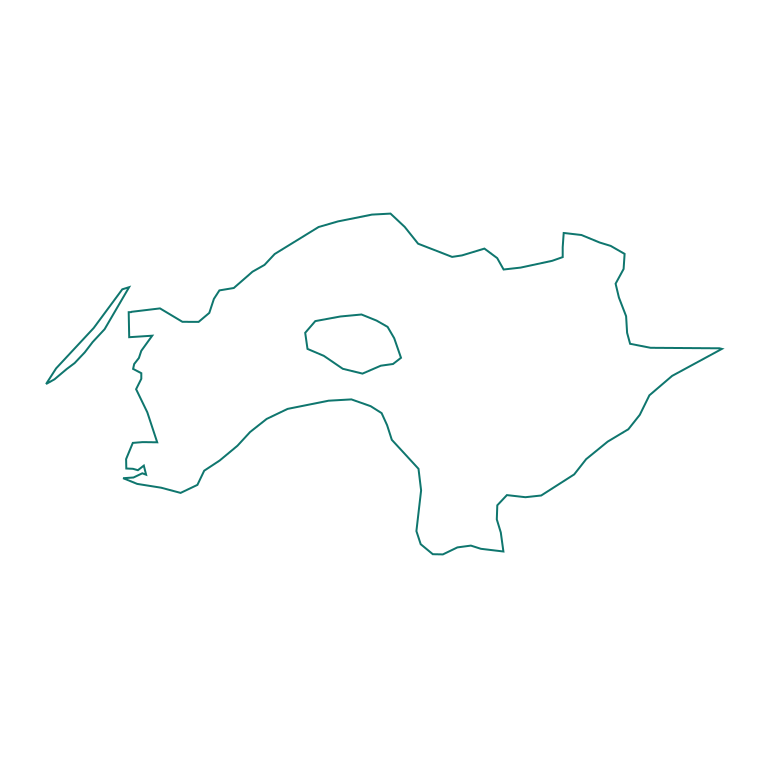 the border of Chiayi
{"feature_id": "TWN-1170", "entity_name": "Chiayi", "entity_type": "County", "adm_level": 1, "iso_a3": "TWN", "parent_name": "Taiwan", "parent_adm1": "", "projection": "robinson", "projection_center": [120.419, 23.433], "detail": "fine", "context": "isolated", "style": "outline", "palette": "teal", "viewbox_px": 768, "rotation_deg": 0, "n_neighbors": 0, "source": "natural_earth", "source_scale": "10m", "svg_char_len": 1704}
<svg xmlns="http://www.w3.org/2000/svg" viewBox="0 0 768 768"><path d="M123.1,478.2L133.5,477.5L142.3,473.3L146.1,474.7L143.8,465.6L137.9,470.2L132.9,468.8L126.3,468.5L126.1,459.1L132.8,442.9L142.7,442.1L157.2,442.3L147.3,412.3L136.1,389.2L141.3,378.8L141.3,373.2L133.1,368.9L134.2,364.0L138.9,358.0L141.3,350.8L152.2,335.7L129.2,337.2L128.7,312.2L131.2,312.1L131.6,311.8L160.0,308.4L182.4,321.8L198.6,321.9L209.3,312.9L213.9,298.9L219.4,290.4L233.8,288.0L252.5,271.7L264.5,264.9L274.7,254.0L318.6,227.0L338.0,221.4L371.9,214.6L390.5,213.6L404.7,226.9L418.1,243.7L452.1,256.9L462.0,255.4L484.4,248.6L497.2,258.1L503.6,269.5L520.6,267.6L552.2,260.8L562.7,257.1L562.7,247.2L563.7,233.0L565.0,233.1L581.4,235.0L599.6,242.5L610.7,245.9L624.6,253.9L623.6,269.0L615.6,283.7L618.9,297.5L626.1,316.2L627.1,332.8L630.1,343.8L650.6,347.8L719.5,348.3L721.9,348.9L672.1,375.9L649.4,395.3L639.8,414.8L628.4,429.2L607.7,441.6L586.2,459.1L574.2,474.4L541.2,495.5L525.4,497.2L506.9,495.1L497.3,505.3L496.8,519.4L500.8,532.5L503.4,551.5L480.9,548.8L470.9,545.6L457.4,547.4L442.9,554.4L432.8,554.2L420.7,544.2L416.4,531.1L421.1,490.4L418.5,468.8L391.8,439.8L387.1,425.2L381.6,413.1L370.7,406.2L351.4,399.4L328.6,400.7L287.6,408.9L266.7,418.9L250.1,432.0L237.5,445.7L219.7,460.5L204.2,470.7L197.4,484.9L180.6,492.9L161.1,487.7L137.2,483.9L123.1,478.2ZM362.5,373.6L380.8,365.7L393.0,364.0L401.0,357.8L394.2,338.2L387.6,326.9L376.6,320.6L361.5,314.5L340.3,316.5L315.3,321.1L305.2,332.8L307.5,348.9L323.9,355.9L342.8,368.8L362.5,373.6ZM56.1,368.4L93.7,328.0L122.3,289.3L129.1,287.2L104.6,329.2L92.7,342.0L84.8,352.3L74.6,363.1L66.6,369.1L54.5,379.3L46.1,384.0L56.1,368.4Z" fill="none" stroke="#0f766e" stroke-width="2"/></svg>